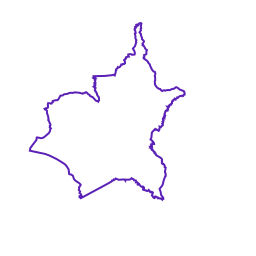 Cha-Uat, Nakhon Si Thammarat, Thailand (Equal Earth projection), rotated 134°
{"feature_id": "78962969B24594080556588", "entity_name": "Cha-Uat", "entity_type": "district", "adm_level": 2, "iso_a3": "THA", "parent_name": "Thailand", "parent_adm1": "Nakhon Si Thammarat", "projection": "equal_earth", "projection_center": [99.929, 7.982], "detail": "fine", "context": "isolated", "style": "outline", "palette": "violet", "viewbox_px": 256, "rotation_deg": 134, "n_neighbors": 0, "source": "geoboundaries", "source_scale": "gbopen_adm2", "svg_char_len": 5834}
<svg xmlns="http://www.w3.org/2000/svg" viewBox="0 0 256 256"><g transform="rotate(134 128 128)"><path d="M164.5,91.4L162.8,90.4L161.7,90.6L161.1,88.3L161.4,87.3L161.0,87.1L160.9,86.5L160.3,85.8L160.9,84.8L161.5,84.5L160.7,83.8L160.6,82.9L162.0,81.8L161.8,81.4L160.8,81.7L160.5,81.4L161.0,79.2L161.0,78.1L160.6,76.4L159.8,76.6L159.6,75.7L159.9,74.9L161.3,74.8L161.9,74.4L161.9,74.0L160.9,73.6L161.1,72.8L160.8,72.0L160.3,71.6L160.1,70.4L159.5,70.0L158.2,70.1L158.3,68.5L158.7,67.8L158.3,67.3L158.3,66.6L157.6,65.9L157.3,66.1L157.1,65.3L160.0,63.8L159.9,62.6L160.4,61.6L160.3,60.8L160.1,60.3L159.6,60.2L158.7,61.0L158.2,60.7L157.8,60.0L157.8,58.9L157.3,58.5L157.7,57.4L156.9,57.0L156.5,56.0L156.0,55.6L155.8,53.7L155.2,54.0L155.1,53.6L154.4,53.3L154.2,53.6L154.1,54.5L153.7,54.5L153.1,57.8L151.4,59.9L149.9,63.0L146.4,63.3L144.6,63.7L140.8,66.0L136.6,67.8L136.2,67.6L134.5,69.5L134.4,70.2L133.8,71.0L130.3,73.4L130.6,74.6L130.0,74.9L129.2,76.4L129.5,77.2L129.3,77.6L129.7,77.7L129.9,78.1L129.8,79.1L129.4,79.7L128.6,80.0L128.2,80.9L127.6,81.0L127.0,81.6L126.8,82.3L126.7,83.6L128.0,88.9L127.1,90.6L127.7,91.1L127.6,91.8L126.8,92.2L126.8,93.0L127.1,93.4L126.7,94.7L126.9,94.7L126.8,95.5L127.2,95.8L126.4,97.6L126.6,98.0L126.2,97.9L126.1,98.5L125.9,98.2L125.3,98.5L125.2,98.1L125.0,98.5L124.7,97.9L124.4,98.3L124.6,98.5L124.2,98.8L124.1,99.7L123.7,99.7L123.6,99.1L123.5,99.4L123.3,99.1L122.8,99.4L122.3,99.1L122.1,99.6L122.2,99.3L122.0,99.0L121.9,99.5L121.6,99.5L121.1,98.5L120.8,98.9L120.9,99.6L121.2,99.9L120.7,100.2L120.8,100.5L120.5,100.5L120.4,102.9L120.6,103.8L118.8,104.4L114.6,107.7L110.0,107.8L110.1,107.0L109.6,106.9L109.6,106.5L109.2,106.4L108.8,104.1L108.6,103.9L107.2,104.4L106.7,105.0L105.7,105.3L105.1,106.2L104.5,104.9L103.4,105.2L101.8,104.8L101.5,105.1L101.1,106.3L100.6,106.0L99.8,106.4L99.5,107.5L98.8,107.3L98.3,107.7L98.4,107.4L98.0,107.5L97.9,108.4L97.2,109.3L96.6,109.4L96.4,109.0L95.6,109.6L95.5,109.0L95.1,109.5L94.6,109.3L94.4,110.0L93.9,109.7L93.2,109.9L93.3,110.5L93.0,111.1L92.5,111.2L92.1,111.8L91.2,111.9L90.3,112.6L89.6,112.5L89.3,112.8L88.2,111.8L88.0,112.1L87.1,111.9L87.0,112.8L86.0,112.9L85.8,113.4L85.4,113.6L85.3,114.3L84.6,113.2L83.4,113.5L83.4,114.1L82.3,114.1L81.2,113.2L80.6,113.8L79.7,113.5L78.7,114.5L77.4,115.0L77.0,114.4L76.4,114.7L75.1,114.7L74.7,113.8L74.4,114.2L74.3,113.8L72.8,113.7L72.3,113.3L71.9,113.2L71.6,113.7L71.0,113.1L69.4,113.0L67.5,111.8L67.5,111.4L67.0,111.4L66.6,110.6L65.1,110.9L64.6,110.5L63.1,112.1L63.1,112.7L62.7,113.5L64.5,117.8L64.6,120.2L64.9,121.2L65.3,121.8L68.1,122.3L68.9,123.2L72.1,124.5L73.0,125.8L75.4,127.3L75.5,127.9L76.2,128.6L77.7,129.1L77.8,130.7L77.6,132.1L78.4,133.1L78.7,135.5L78.3,137.7L77.9,138.9L75.7,141.3L74.7,141.6L72.4,144.0L72.0,144.9L70.2,145.8L69.0,147.3L69.0,147.8L69.6,148.8L69.4,151.2L68.0,155.0L67.1,156.5L67.0,158.7L66.5,159.8L66.4,160.9L67.0,165.0L66.8,165.5L66.3,165.9L65.5,165.6L64.4,167.1L62.3,166.1L61.3,166.8L60.3,167.9L58.8,168.5L59.0,169.3L58.9,170.9L58.0,173.1L58.3,174.8L57.6,174.9L57.5,176.0L57.3,176.2L55.4,176.3L54.6,176.7L54.3,177.5L54.4,179.6L53.4,180.6L52.2,183.4L51.4,183.9L51.2,186.2L48.8,186.5L47.9,187.8L47.0,187.8L46.0,189.4L43.5,190.9L43.7,191.9L45.2,192.6L46.0,192.1L46.9,192.0L47.1,193.3L48.0,193.8L48.7,193.3L48.8,192.6L49.2,192.5L49.2,192.2L50.0,192.2L50.4,192.8L50.7,192.2L51.0,192.4L52.3,192.0L52.6,191.1L53.0,190.9L53.0,190.4L54.4,188.4L55.3,188.7L56.6,186.7L58.5,184.7L59.0,183.0L60.0,182.7L60.7,181.5L62.1,181.0L62.7,180.5L64.6,179.8L67.5,179.6L68.2,177.0L68.9,175.7L69.8,174.7L70.6,174.3L72.6,176.0L72.5,176.5L73.4,177.9L75.0,178.9L75.9,178.0L76.1,177.0L78.4,178.6L78.7,178.6L79.2,177.8L79.9,177.7L80.9,178.1L81.9,178.0L82.1,177.7L82.0,176.7L83.6,175.1L84.7,175.3L85.4,176.1L86.4,176.1L86.9,177.0L88.1,176.5L90.0,176.3L91.0,176.8L91.2,177.6L92.3,177.1L93.5,177.4L94.2,177.2L94.5,176.6L95.1,176.7L96.3,175.7L99.4,174.0L100.0,175.7L101.0,176.1L106.6,180.8L114.7,188.8L115.4,187.8L114.3,187.5L114.2,187.1L114.9,186.7L115.2,186.9L115.0,186.3L115.4,186.5L115.5,186.0L116.0,186.5L115.9,185.6L115.7,185.5L116.3,185.2L116.1,185.0L116.4,184.7L116.6,184.9L117.9,183.2L118.0,183.5L118.5,183.5L118.4,183.0L119.5,181.7L119.7,182.1L120.0,181.4L120.5,181.7L120.6,181.3L121.2,181.3L120.9,181.0L121.1,180.7L121.5,180.7L121.6,180.4L122.0,180.7L121.9,180.0L122.2,180.2L122.5,178.7L123.6,178.4L124.1,177.7L124.0,176.7L124.4,176.4L124.3,175.7L124.7,175.1L124.7,174.4L125.7,173.1L126.2,170.2L128.1,168.1L129.8,167.7L129.8,168.8L130.5,169.6L130.6,170.5L130.3,175.1L131.0,176.0L130.9,176.5L131.3,177.8L130.9,178.6L131.3,180.1L131.2,182.7L131.9,183.4L132.7,183.4L134.2,184.2L134.4,184.6L134.9,184.6L136.6,187.7L139.6,191.3L140.8,191.8L142.5,193.7L144.0,194.8L145.2,195.1L148.2,197.4L150.0,197.6L151.6,199.1L155.7,198.0L157.2,198.2L157.8,199.0L160.6,200.8L160.9,200.9L161.7,200.0L162.3,200.3L163.4,199.9L163.9,200.2L164.5,201.5L165.7,202.7L167.0,201.9L167.6,201.0L168.9,199.8L170.3,200.3L171.0,200.9L172.2,201.3L172.3,200.7L171.8,199.4L171.8,198.5L173.7,196.4L174.9,193.9L176.8,191.3L177.4,190.7L177.7,190.8L178.0,189.5L178.9,187.7L178.9,187.1L179.7,185.8L180.7,185.8L181.0,185.2L181.9,184.7L181.7,184.1L181.9,183.1L182.8,183.2L184.3,182.0L186.5,181.4L193.0,182.0L194.7,182.7L195.7,183.4L197.9,186.9L198.4,187.0L200.1,185.6L210.1,184.4L212.5,182.8L204.3,169.7L202.3,165.2L199.9,157.7L198.2,150.0L197.9,147.5L198.2,145.2L199.0,142.0L202.0,138.3L200.9,136.3L200.6,134.5L202.3,131.3L202.4,129.1L201.6,125.0L201.6,122.8L202.5,122.2L204.4,122.2L205.5,121.1L206.7,120.4L206.9,118.4L208.4,117.8L208.4,115.7L208.9,114.5L209.3,114.0L209.8,113.9L210.3,115.3L210.8,115.5L211.3,115.2L211.4,114.6L211.3,113.2L181.5,103.7L177.6,102.6L177.0,102.6L176.8,102.9L175.8,102.1L175.0,102.5L174.7,101.8L174.1,101.6L173.0,101.8L171.6,98.6L168.0,95.4L167.6,94.5L167.7,93.5L167.0,94.1L164.5,91.4Z" fill="none" stroke="#5b21b6" stroke-width="2"/></g></svg>